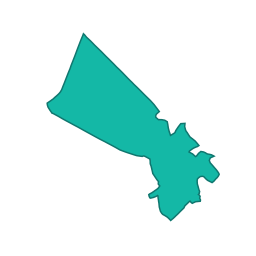 the district of As-Sweida, As Suwayda', Syria, rotated 233°
{"feature_id": "27442178B49241886307156", "entity_name": "As-Sweida", "entity_type": "district", "adm_level": 2, "iso_a3": "SYR", "parent_name": "Syria", "parent_adm1": "As Suwayda'", "projection": "robinson", "projection_center": [36.721, 32.771], "detail": "fine", "context": "isolated", "style": "filled", "palette": "teal", "viewbox_px": 256, "rotation_deg": 233, "n_neighbors": 0, "source": "geoboundaries", "source_scale": "gbopen_adm2", "svg_char_len": 3688}
<svg xmlns="http://www.w3.org/2000/svg" viewBox="0 0 256 256"><g transform="rotate(233 128 128)"><path d="M185.7,76.2L185.6,76.3L184.5,77.0L178.8,79.6L174.9,81.2L171.1,82.9L166.6,85.0L162.6,86.8L158.6,88.7L154.5,90.5L150.2,92.4L145.6,94.5L141.1,96.5L136.1,98.8L132.2,100.7L123.9,104.6L119.5,106.6L115.3,108.4L111.7,110.7L109.7,112.0L109.4,112.2L104.1,115.9L101.8,117.5L100.6,118.4L96.7,122.3L96.4,123.5L95.5,124.3L93.0,125.5L90.3,126.7L90.2,126.8L88.5,126.0L86.0,124.2L83.6,123.5L78.4,121.2L76.7,120.4L72.9,120.2L71.8,120.1L71.2,120.1L70.7,120.1L69.9,120.0L69.1,120.0L68.5,120.0L66.7,120.1L65.9,119.1L64.9,118.4L63.9,118.5L63.3,118.4L63.0,118.5L62.6,118.5L61.7,115.6L61.7,114.5L61.7,113.5L61.8,111.9L61.8,111.5L61.8,110.3L61.9,109.1L61.9,107.9L62.3,105.9L62.3,104.5L60.8,103.8L59.1,103.4L58.4,103.8L57.2,106.6L57.0,107.4L56.8,108.2L56.6,108.7L56.5,109.3L56.3,111.0L56.0,111.1L55.2,110.7L54.1,110.0L52.8,109.3L52.0,108.9L51.2,108.4L50.4,108.0L49.4,107.5L46.0,105.4L42.0,103.8L39.5,103.6L38.0,103.8L36.0,104.7L33.7,105.6L32.0,106.0L29.2,106.4L28.5,106.4L28.5,106.5L28.5,106.8L28.5,107.0L28.5,107.4L28.5,107.6L28.5,107.8L28.6,108.1L28.6,108.3L28.6,108.6L28.6,109.0L28.6,109.6L28.8,111.3L28.9,112.3L29.0,112.8L29.1,113.4L29.1,113.7L29.1,114.0L29.2,114.6L29.3,115.7L29.6,117.8L29.7,118.3L29.8,119.0L29.9,119.7L30.3,122.9L30.5,124.5L31.1,125.6L31.2,125.8L31.3,126.0L31.5,126.4L31.6,126.5L32.0,129.9L32.4,133.2L32.2,133.6L31.3,133.6L30.6,133.6L29.2,134.0L29.0,134.9L28.8,136.0L28.6,136.8L28.5,137.5L27.0,140.0L26.5,140.8L26.0,141.6L26.3,142.0L26.6,142.3L27.4,142.8L27.6,142.8L28.7,142.9L30.1,144.5L31.0,144.5L32.1,144.5L32.5,144.3L32.9,145.6L33.2,145.9L33.3,145.9L33.3,146.0L33.5,146.2L33.6,146.3L33.8,146.5L34.2,147.0L36.0,147.5L37.5,148.1L39.2,148.8L41.6,149.7L44.2,151.4L45.6,152.9L45.8,154.9L45.7,156.5L44.7,158.3L43.6,159.2L39.7,159.7L38.0,160.2L33.8,162.3L33.8,164.4L34.6,168.0L34.6,168.5L34.7,169.4L35.4,171.6L36.2,173.0L37.8,173.3L40.9,173.4L45.3,173.1L45.6,173.1L47.0,173.0L48.4,172.9L50.7,172.7L53.2,173.4L54.6,175.7L53.7,179.8L54.4,179.5L56.4,178.5L58.1,177.1L59.0,176.2L59.8,175.6L61.8,174.8L63.4,173.9L64.7,172.7L65.4,172.1L65.3,169.2L64.8,167.3L64.4,166.0L64.6,164.7L68.4,164.0L72.1,162.3L72.6,163.2L72.6,166.2L72.5,168.0L71.9,170.8L71.4,172.2L71.3,174.1L73.9,174.0L77.2,173.8L80.3,173.0L80.5,173.0L81.3,172.7L82.1,172.5L82.5,172.4L83.8,172.1L84.9,172.2L86.7,172.3L87.4,172.4L88.1,172.4L88.5,172.5L90.0,172.5L91.3,172.6L95.0,174.1L97.4,176.3L99.1,173.7L99.3,173.4L99.7,172.8L99.7,172.7L99.2,170.8L98.7,169.0L97.4,165.2L96.7,163.7L96.2,163.1L96.0,162.2L96.1,161.3L96.3,159.5L96.4,158.0L96.5,157.5L98.8,158.3L99.9,158.6L101.4,159.2L103.8,160.2L106.9,161.9L109.4,163.1L111.4,162.3L112.1,162.0L114.4,159.9L116.4,157.3L118.5,156.9L119.8,156.6L120.5,157.1L121.3,157.7L121.9,159.0L122.0,159.1L122.3,162.9L124.2,162.9L126.5,162.9L127.2,162.9L131.0,162.9L136.5,162.4L141.0,161.7L145.0,161.1L150.2,160.4L155.0,159.7L159.2,159.0L162.5,158.6L164.2,158.3L165.7,158.1L168.5,157.7L173.6,157.1L178.8,156.4L180.1,156.2L183.6,155.6L187.9,155.1L188.6,155.0L193.4,154.3L198.7,153.5L202.5,153.0L203.4,152.9L204.2,152.8L208.6,152.1L214.3,151.2L219.9,150.5L225.5,149.5L228.2,149.4L229.0,149.4L229.9,149.0L230.0,149.0L229.2,147.8L228.1,145.9L228.0,145.7L226.4,143.0L223.3,138.0L222.3,136.4L221.1,134.5L220.2,133.1L217.7,129.2L214.5,124.0L212.0,119.9L210.4,117.6L207.5,112.7L204.4,107.7L202.1,104.0L200.5,101.3L198.5,98.1L197.4,95.4L197.0,93.6L196.8,92.0L196.6,89.9L196.6,89.0L196.2,85.2L196.3,84.7L196.3,83.6L196.3,82.6L196.4,80.8L196.5,78.4L195.0,77.5L192.8,76.7L190.7,76.5L190.3,76.5L189.5,76.4L186.6,76.3L186.0,76.3L185.8,76.2L185.7,76.2Z" fill="#14b8a6" stroke="#0f766e" stroke-width="1.5"/></g></svg>